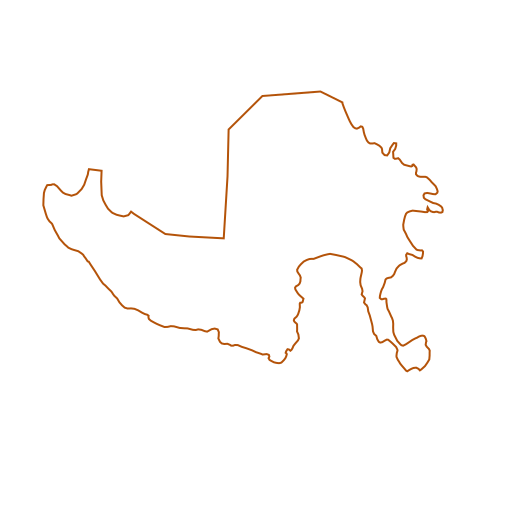 Tapion, Castries, Saint Lucia, rotated 165°
{"feature_id": "8701671B53172954238098", "entity_name": "Tapion", "entity_type": "district", "adm_level": 2, "iso_a3": "LCA", "parent_name": "Saint Lucia", "parent_adm1": "Castries", "projection": "robinson", "projection_center": [-61.005, 14.014], "detail": "fine", "context": "isolated", "style": "outline", "palette": "amber", "viewbox_px": 512, "rotation_deg": 165, "n_neighbors": 0, "source": "geoboundaries", "source_scale": "gbopen_adm2", "svg_char_len": 6080}
<svg xmlns="http://www.w3.org/2000/svg" viewBox="0 0 512 512"><g transform="rotate(165 256 256)"><path d="M394.9,383.1L396.4,380.5L397.1,378.8L397.6,377.9L400.3,374.1L403.5,369.3L407.1,365.8L412.5,362.6L413.9,362.2L418.7,362.0L420.0,362.9L424.0,365.2L426.1,367.2L427.6,369.8L430.1,374.9L432.4,377.5L434.2,377.9L435.5,377.7L437.8,378.2L439.3,378.5L440.4,377.4L442.9,374.5L444.5,371.8L446.5,366.0L448.3,360.0L448.1,351.4L447.9,347.9L447.6,346.0L446.5,342.9L445.0,340.5L444.6,339.6L443.7,333.3L443.0,330.5L442.1,327.1L441.4,323.9L440.0,321.1L437.9,316.9L436.0,314.1L435.1,312.6L432.5,310.4L430.5,309.1L426.4,306.6L423.8,303.6L422.6,301.9L422.1,300.1L421.2,298.0L420.0,294.4L419.0,293.8L418.1,290.8L415.5,283.1L412.7,273.7L411.7,271.1L411.3,270.0L410.8,268.8L409.1,266.4L407.0,262.6L405.0,259.3L404.4,257.8L404.1,256.6L403.2,254.3L401.1,250.9L399.9,246.6L399.0,244.8L398.2,243.1L396.2,240.1L393.6,238.5L390.2,237.7L387.0,236.4L383.9,234.0L380.7,230.7L378.4,228.7L376.1,227.3L375.2,226.0L375.6,225.3L375.8,224.0L375.7,222.8L374.3,220.7L371.7,218.2L369.5,216.2L366.9,214.1L362.8,211.1L359.7,210.4L356.5,210.3L353.5,209.3L351.4,208.1L348.4,206.3L343.9,204.7L340.9,203.8L336.0,201.0L333.3,200.1L330.8,200.1L327.8,198.8L325.0,196.7L322.8,195.6L321.9,195.8L317.8,196.8L314.7,196.6L312.0,195.0L311.6,192.0L312.1,190.5L312.7,188.4L313.7,186.1L313.0,182.4L311.7,180.4L309.4,179.2L306.3,178.6L304.0,176.8L303.2,175.8L301.2,175.3L299.8,175.5L299.1,175.4L296.7,174.7L293.2,171.9L289.2,169.4L286.9,167.8L284.2,165.9L280.8,163.0L279.5,162.2L276.5,160.2L275.1,159.1L271.1,158.5L269.2,157.2L269.1,155.5L269.5,154.9L270.3,154.1L269.8,152.1L268.5,150.8L266.2,148.7L264.2,147.6L262.1,146.7L260.7,146.4L259.0,146.5L257.1,147.6L256.2,148.1L254.2,149.6L252.9,151.1L251.7,153.1L251.7,153.9L252.4,154.8L251.6,156.1L249.7,157.8L248.4,157.2L247.3,155.6L246.0,156.2L244.8,157.3L243.0,159.6L240.7,161.3L237.3,163.6L235.9,165.3L235.4,169.2L235.9,172.5L235.3,174.3L234.0,179.4L234.4,180.4L235.1,181.3L236.0,182.9L236.1,184.1L235.2,185.5L234.5,185.9L232.6,186.8L231.3,187.9L230.2,189.2L228.2,192.3L226.9,195.1L226.1,198.6L225.4,199.4L223.9,199.1L222.8,199.6L221.9,201.3L221.2,202.5L223.7,206.2L224.7,207.9L225.4,209.6L226.6,213.5L226.5,215.2L225.4,216.3L222.7,217.0L221.0,218.1L219.7,220.0L218.9,222.4L218.4,223.5L218.6,225.9L219.4,228.0L220.1,230.3L219.8,232.1L217.3,234.7L214.8,236.4L211.3,238.3L208.1,239.0L205.8,239.2L204.8,239.2L202.8,238.8L201.1,238.3L193.8,239.0L190.6,239.2L186.5,239.1L183.9,238.9L178.3,236.2L174.7,234.3L171.8,232.8L170.3,231.9L167.8,229.8L164.9,227.3L164.1,226.5L163.2,225.5L161.9,223.7L160.6,222.0L158.3,218.1L157.2,216.6L157.4,214.4L158.2,212.6L160.4,208.4L161.1,206.9L162.1,203.9L162.5,200.7L162.3,199.0L162.0,196.9L162.2,194.4L163.9,191.5L163.3,190.0L162.2,188.2L161.7,186.9L163.7,183.1L162.8,180.9L161.9,179.9L161.4,177.4L161.9,173.5L161.5,169.1L161.5,160.1L161.7,157.6L162.3,154.1L162.5,152.9L162.1,150.1L160.5,147.7L160.4,144.2L159.6,141.3L158.4,140.2L156.3,140.1L153.6,140.9L151.3,141.4L150.0,140.9L148.2,138.4L146.7,136.1L144.2,131.8L143.7,129.0L143.8,128.0L145.1,125.9L146.1,123.4L146.4,122.2L145.9,119.1L145.1,116.7L144.6,114.8L143.6,112.5L141.6,108.4L140.7,106.4L139.7,105.5L137.5,106.2L135.1,106.8L132.9,107.1L130.2,106.7L128.2,104.9L127.3,103.1L125.6,103.7L121.3,105.9L118.1,108.6L115.4,111.2L114.1,114.8L113.2,118.1L112.7,119.6L113.0,121.4L114.6,124.3L115.1,126.3L114.0,128.9L113.4,129.6L113.4,132.0L113.7,133.7L114.1,135.0L115.4,135.9L117.1,136.2L118.9,136.1L119.9,135.9L121.6,135.4L123.3,135.2L126.8,134.4L128.8,133.7L132.0,132.6L133.8,132.0L135.5,131.6L137.1,131.3L138.5,132.1L139.1,132.8L139.6,133.7L141.5,137.4L142.9,143.9L143.0,145.6L143.0,147.1L142.8,148.1L142.0,151.6L141.0,155.0L140.5,158.1L140.7,161.0L141.0,162.2L141.9,167.9L142.6,170.9L142.5,172.9L142.2,175.5L141.9,177.9L141.5,179.3L141.3,180.7L141.7,181.3L143.6,181.6L144.8,181.5L145.7,181.6L146.4,182.1L147.3,183.5L146.6,185.4L145.6,187.3L144.3,189.5L143.0,191.3L141.3,193.0L138.6,196.8L137.0,199.7L136.2,200.2L135.5,200.5L134.0,200.6L131.1,200.4L128.8,201.5L127.1,202.9L125.9,204.6L124.5,206.3L123.5,207.5L120.9,209.2L119.8,209.8L118.8,210.1L116.3,210.7L114.3,210.9L112.1,212.2L111.2,213.7L110.9,215.6L111.0,216.8L110.7,218.2L109.2,219.5L107.7,218.3L104.6,216.5L102.5,214.2L100.4,212.4L98.3,211.3L96.7,210.8L95.3,212.6L94.1,215.1L93.5,217.1L94.2,218.5L95.7,218.8L97.1,219.4L98.1,219.8L99.3,220.6L101.1,224.0L101.8,225.3L102.1,226.3L103.5,230.6L104.5,233.8L104.9,235.2L105.2,237.1L105.3,238.0L105.9,240.8L106.5,243.2L106.1,246.1L105.7,248.1L103.5,252.7L101.8,255.7L100.1,258.0L98.6,258.9L96.0,259.3L93.0,259.3L85.0,256.2L81.4,254.6L79.2,254.1L78.4,254.7L78.6,256.8L77.6,258.6L76.7,255.5L75.5,253.9L73.8,252.7L72.4,252.2L70.7,252.2L69.5,251.8L67.9,250.6L66.0,250.0L64.6,250.2L63.7,251.9L63.7,254.5L64.4,256.0L66.3,258.2L68.5,260.0L71.3,261.4L77.7,267.0L78.8,268.8L78.5,271.3L77.0,272.8L74.3,272.6L70.9,271.0L69.2,270.1L68.2,269.7L66.6,269.2L64.5,270.2L63.8,271.5L63.9,273.9L64.4,276.8L65.4,278.7L67.3,282.0L68.1,283.8L68.7,284.9L70.0,286.9L70.7,287.9L72.0,288.7L76.5,289.9L77.4,290.3L78.6,291.0L79.2,291.5L79.8,292.5L80.3,293.6L79.8,295.3L79.2,296.1L78.3,298.4L78.4,300.1L80.1,303.6L81.2,303.6L81.7,302.5L82.9,302.3L84.2,302.9L89.3,305.8L90.9,308.1L91.2,309.0L92.2,311.9L93.4,313.7L94.3,313.6L96.7,313.9L97.8,315.2L97.7,315.9L96.6,321.2L94.6,322.8L93.9,323.3L92.0,326.4L91.4,328.5L93.6,329.4L95.3,328.1L98.4,325.4L100.5,321.5L103.3,319.2L105.7,320.2L107.2,323.1L106.6,326.7L106.8,328.2L108.3,330.6L110.3,332.6L112.3,334.3L114.1,334.5L116.7,335.2L118.0,336.5L119.0,338.8L119.4,341.3L119.8,345.0L119.8,347.7L119.5,351.3L119.9,353.3L121.3,354.1L123.2,353.3L125.6,352.9L127.1,353.7L128.5,355.3L129.7,358.5L130.5,361.8L131.0,364.7L132.2,372.9L132.7,377.3L133.0,381.1L132.8,382.0L151.2,398.2L208.4,408.9L249.7,385.3L262.9,340.3L282.6,281.4L315.4,292.1L337.9,300.7L363.0,328.3L365.2,331.2L367.6,329.3L368.8,328.5L373.6,328.5L377.1,330.3L380.1,332.0L383.6,334.9L384.6,336.4L386.7,340.0L388.0,344.4L389.1,349.2L389.3,354.6L386.3,367.9L383.1,378.3L394.9,383.1Z" fill="none" stroke="#b45309" stroke-width="2"/></g></svg>